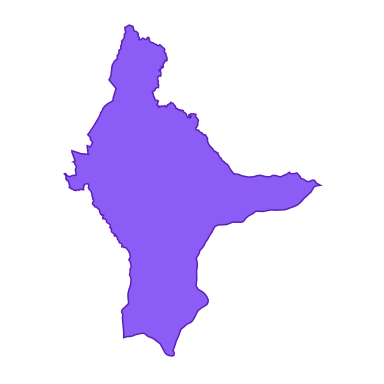 the district of Apía, Risaralda, Colombia, rotated 182°
{"feature_id": "7082276B94822224819710", "entity_name": "Apía", "entity_type": "district", "adm_level": 2, "iso_a3": "COL", "parent_name": "Colombia", "parent_adm1": "Risaralda", "projection": "natural_earth1", "projection_center": [-75.959, 5.139], "detail": "fine", "context": "isolated", "style": "filled", "palette": "violet", "viewbox_px": 384, "rotation_deg": 182, "n_neighbors": 0, "source": "geoboundaries", "source_scale": "gbopen_adm2", "svg_char_len": 6088}
<svg xmlns="http://www.w3.org/2000/svg" viewBox="0 0 384 384"><g transform="rotate(182 192 192)"><path d="M320.2,205.6L318.9,204.4L318.3,203.0L318.6,201.5L318.4,200.5L317.6,200.1L317.3,199.0L316.1,198.8L315.3,196.9L315.0,195.1L314.2,193.9L314.9,192.7L314.8,192.1L313.6,191.7L312.7,190.9L311.5,190.7L310.2,189.8L307.8,189.3L307.1,190.0L306.4,190.4L305.1,189.7L304.1,190.6L302.7,190.7L300.4,190.4L300.3,190.9L300.7,191.5L300.2,193.3L300.5,194.8L299.9,195.0L298.7,196.4L296.3,196.5L295.7,196.0L295.4,193.5L295.7,192.8L295.6,192.2L294.9,191.1L293.9,190.6L292.6,188.2L292.0,186.7L291.6,184.0L290.9,183.2L291.0,181.6L290.1,180.8L290.3,178.9L291.1,177.1L290.9,176.4L289.9,175.3L289.1,174.8L288.6,173.8L286.5,173.4L286.0,172.5L284.0,171.1L283.5,168.7L283.1,168.1L282.6,166.6L282.0,166.7L281.3,165.6L280.1,166.0L279.6,165.9L279.6,164.9L280.5,163.5L280.1,162.2L279.5,162.0L278.4,162.2L277.7,161.8L276.6,160.7L276.3,159.2L276.0,158.6L272.9,156.8L272.4,155.6L272.9,153.8L272.6,153.3L271.7,153.1L271.3,152.6L271.3,150.1L270.9,149.2L268.7,147.7L267.3,147.1L267.3,146.8L268.2,146.4L267.9,145.3L267.4,145.2L266.4,145.8L265.9,145.5L265.5,144.1L264.9,143.5L264.8,142.0L263.9,141.3L262.7,138.7L260.8,138.0L260.0,137.2L260.3,134.8L259.0,135.0L258.1,134.1L256.8,134.2L255.9,133.9L253.0,130.4L252.6,129.0L251.8,128.4L251.8,126.7L251.2,125.0L252.8,121.9L251.6,120.8L250.2,116.1L250.4,114.8L251.3,112.0L251.0,109.4L251.6,107.0L250.3,104.6L250.0,103.4L249.9,99.4L250.4,96.4L251.8,91.5L252.4,88.1L252.3,84.7L251.5,79.2L252.1,77.5L257.3,72.4L258.2,70.2L258.0,69.1L257.0,67.4L257.1,63.1L255.4,50.1L255.2,44.1L251.9,45.2L248.4,45.5L246.0,46.2L243.9,47.3L237.9,48.9L236.4,49.1L233.9,48.7L232.0,46.8L230.0,45.8L226.1,44.5L218.6,39.3L213.0,29.9L211.2,28.5L209.3,27.8L206.1,27.4L204.6,28.0L204.1,29.2L204.3,31.0L205.4,33.1L205.3,33.6L204.4,35.7L202.2,43.7L200.7,46.8L198.7,53.0L197.7,55.2L196.2,56.1L193.1,59.2L190.9,60.7L189.0,61.4L187.0,63.3L185.3,66.2L182.4,72.7L180.8,74.6L178.8,76.3L173.3,79.9L172.0,82.6L172.1,85.0L173.9,88.4L175.9,90.9L179.1,93.2L182.4,94.9L184.7,98.3L184.2,105.8L184.7,113.6L184.2,116.6L184.1,119.2L184.5,122.4L185.4,125.4L184.9,126.9L183.2,129.8L182.4,132.1L182.1,133.9L180.3,135.8L178.3,138.7L176.9,142.0L174.6,145.5L172.8,149.2L170.7,152.6L168.3,157.8L166.5,159.1L164.4,160.0L156.2,160.7L149.6,163.6L148.8,163.2L146.0,163.5L142.3,163.4L139.7,164.2L137.3,167.6L134.9,169.9L130.3,172.6L127.9,174.7L125.8,175.1L120.5,175.0L112.5,176.9L108.6,176.7L98.5,177.5L89.9,180.9L85.9,182.9L83.2,185.4L81.4,187.4L80.3,189.0L73.0,196.2L70.4,201.1L68.1,202.5L63.8,203.2L68.0,205.2L69.7,207.6L70.4,208.1L71.8,208.1L75.6,206.5L76.8,206.4L77.9,206.8L80.5,208.4L83.2,209.3L83.8,209.6L84.4,211.2L87.8,214.7L90.8,213.9L93.3,213.7L94.1,214.0L95.4,215.2L98.4,212.8L100.9,211.9L103.2,210.5L104.5,210.2L109.6,211.5L112.0,211.4L114.2,210.1L115.6,209.8L119.3,210.0L124.2,211.1L127.5,210.6L131.1,209.3L136.6,208.9L142.5,209.9L145.9,211.2L151.0,211.7L154.6,216.1L156.5,219.5L158.3,221.3L160.0,222.1L160.9,223.4L161.9,223.8L163.6,225.6L164.2,226.9L165.6,227.7L166.4,228.9L166.8,230.2L167.3,230.7L167.4,231.9L168.4,231.7L169.1,232.8L169.8,232.9L170.4,233.6L171.6,233.8L173.0,236.2L174.4,237.3L176.8,240.0L178.3,243.4L178.4,246.3L179.8,248.2L180.4,249.6L182.6,249.6L183.8,251.2L186.6,252.5L187.5,254.0L188.4,253.9L190.2,254.4L190.5,256.0L189.0,257.9L188.5,259.9L188.7,260.9L188.5,261.6L188.7,262.1L188.0,263.6L188.2,264.3L189.3,265.2L189.8,266.5L190.9,266.9L191.2,267.4L190.7,269.5L190.9,269.8L192.5,269.9L193.2,270.3L194.4,269.8L196.0,270.1L196.9,269.2L197.9,268.9L198.0,268.4L197.8,268.0L195.7,267.7L195.4,267.0L196.8,266.0L197.3,266.0L198.0,266.9L199.2,266.4L200.8,270.2L203.1,271.6L203.7,273.1L204.6,273.4L205.5,272.8L206.6,273.8L207.9,273.5L209.5,274.8L210.9,274.9L211.2,275.3L211.1,276.0L211.7,276.7L211.7,277.3L213.5,278.9L213.9,279.9L215.0,280.0L216.1,280.9L216.7,280.5L217.1,279.6L217.8,279.5L218.4,278.5L219.5,278.3L220.1,276.4L220.4,276.0L220.8,276.1L221.9,277.4L222.9,276.8L223.9,276.9L224.4,276.5L225.3,276.9L226.2,276.5L227.0,276.6L227.3,275.8L228.0,275.6L228.4,275.9L228.7,277.1L230.0,277.5L230.0,278.0L229.4,279.0L229.8,280.1L229.0,280.9L228.7,281.7L229.5,282.3L231.2,282.4L231.9,282.7L234.1,287.6L234.3,289.1L235.2,289.7L235.0,290.5L234.6,291.0L233.9,291.1L233.4,291.9L232.4,292.7L232.4,293.6L230.8,295.2L229.2,295.2L229.1,298.1L230.0,298.9L229.5,299.9L229.5,301.6L230.3,303.1L230.1,305.7L229.8,306.2L228.8,306.8L227.4,306.7L227.1,308.0L227.4,310.7L227.7,311.4L227.8,312.3L228.1,312.0L229.1,311.9L229.0,312.8L228.4,312.9L227.9,314.0L226.6,314.4L226.0,315.4L226.7,316.1L225.7,316.3L225.6,315.6L225.2,315.6L225.2,318.8L224.4,320.0L224.0,321.1L223.6,321.3L223.3,322.6L222.3,322.1L221.6,322.5L221.6,325.1L222.7,327.5L223.0,329.4L224.8,331.3L224.3,332.4L224.3,333.7L224.8,334.6L225.7,334.9L229.0,337.9L229.6,338.0L230.5,337.0L231.2,337.0L232.8,338.2L234.4,338.6L235.8,339.6L238.3,340.1L240.0,341.8L240.2,342.6L240.0,343.7L240.6,344.8L241.2,345.1L241.8,344.9L242.6,343.5L243.3,342.9L244.0,342.7L245.8,343.9L246.8,344.0L248.9,342.3L249.6,342.1L250.1,342.5L250.1,344.3L251.3,346.4L251.1,347.5L251.5,348.9L253.5,350.6L255.5,350.8L256.4,354.3L257.1,355.6L260.4,356.6L261.0,356.5L263.7,354.5L264.7,354.4L264.8,353.3L264.5,351.3L264.0,350.1L264.0,348.8L265.1,347.3L265.1,343.9L266.7,341.1L267.6,340.3L267.4,338.0L268.3,335.4L268.1,332.4L269.9,331.2L270.0,328.4L270.7,326.7L271.5,325.8L271.5,324.4L271.0,323.0L274.0,320.1L276.0,316.3L276.4,314.1L277.1,305.6L278.0,302.7L278.9,301.2L271.5,292.8L274.0,283.5L274.2,280.4L279.4,277.3L281.8,275.2L283.9,272.5L284.3,270.7L286.1,268.0L286.4,266.1L287.7,263.3L292.3,254.9L296.8,247.6L298.2,245.7L295.4,243.0L295.6,242.1L295.2,240.6L293.1,238.4L294.9,233.5L298.3,234.7L298.3,232.4L297.7,231.4L297.7,230.5L297.5,230.3L297.9,229.9L297.5,229.1L297.4,226.5L296.8,226.0L302.7,226.4L303.4,226.2L313.5,229.1L313.2,227.0L312.4,225.7L312.1,224.3L309.8,219.0L311.7,218.0L310.6,217.8L310.2,217.4L310.3,216.1L309.3,215.0L308.4,212.7L309.4,210.5L308.3,205.0L312.3,204.2L315.0,203.0L316.4,203.5L317.3,204.1L319.2,206.1L320.2,205.6Z" fill="#8b5cf6" stroke="#5b21b6" stroke-width="1.5"/></g></svg>